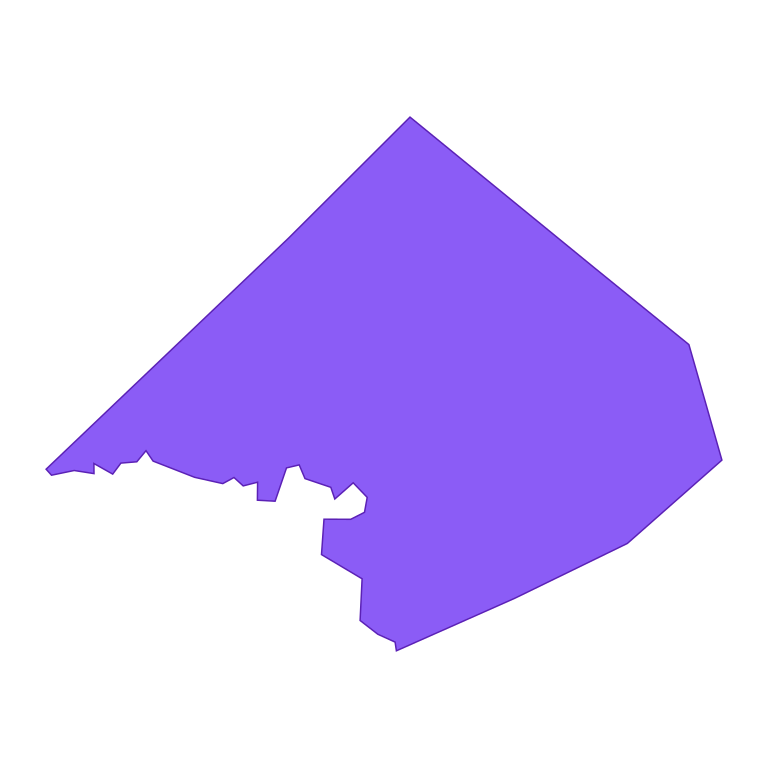 the district of Comal, Texas, United States of America
{"feature_id": "52423323B34146067891906", "entity_name": "Comal", "entity_type": "district", "adm_level": 2, "iso_a3": "USA", "parent_name": "United States of America", "parent_adm1": "Texas", "projection": "orthographic", "projection_center": [-98.378, 29.816], "detail": "fine", "context": "isolated", "style": "filled", "palette": "violet", "viewbox_px": 768, "rotation_deg": 0, "n_neighbors": 0, "source": "geoboundaries", "source_scale": "gbopen_adm2", "svg_char_len": 654}
<svg xmlns="http://www.w3.org/2000/svg" viewBox="0 0 768 768"><path d="M46.1,469.2L51.5,475.2L74.2,470.5L94.0,473.6L93.9,463.5L112.7,474.1L120.9,463.1L136.8,461.8L146.0,450.7L153.1,461.1L194.6,477.3L222.8,483.6L234.0,477.5L243.2,485.9L257.6,482.2L257.4,500.2L275.1,501.2L286.5,467.9L299.2,464.9L305.0,478.6L330.8,487.3L334.8,499.0L353.2,482.8L367.2,497.4L364.5,512.3L350.7,519.3L324.0,519.2L321.5,554.6L362.1,578.8L360.1,620.5L377.9,634.3L395.1,642.1L396.4,650.8L514.9,598.2L627.4,543.4L720.0,461.8L721.9,460.1L705.1,401.2L701.4,388.3L688.9,344.6L594.0,267.5L410.0,117.1L288.7,238.0L46.1,469.2Z" fill="#8b5cf6" stroke="#5b21b6" stroke-width="1.5"/></svg>